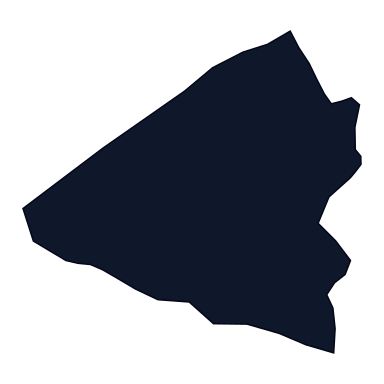 the District of Quba
{"feature_id": "AZE-1728", "entity_name": "Quba", "entity_type": "District", "adm_level": 1, "iso_a3": "AZE", "parent_name": "Azerbaijan", "parent_adm1": "", "projection": "orthographic", "projection_center": [48.506, 41.189], "detail": "fine", "context": "isolated", "style": "filled", "palette": "ink", "viewbox_px": 384, "rotation_deg": 0, "n_neighbors": 0, "source": "natural_earth", "source_scale": "10m", "svg_char_len": 657}
<svg xmlns="http://www.w3.org/2000/svg" viewBox="0 0 384 384"><path d="M333.7,352.9L306.0,344.8L279.2,333.4L246.9,324.1L213.5,323.7L189.2,302.0L158.0,299.7L135.6,289.1L113.6,276.1L102.1,269.5L90.4,264.5L78.0,263.3L65.9,260.5L33.4,241.1L23.0,208.5L103.1,148.0L184.6,91.1L212.6,67.7L243.0,52.1L267.3,44.4L290.2,31.1L298.7,47.5L309.3,63.7L316.6,78.9L324.3,93.9L331.3,103.8L341.6,101.2L351.4,97.7L359.5,104.8L354.9,127.4L355.3,149.6L360.8,156.3L361.0,164.3L355.8,171.2L350.3,177.8L329.0,196.9L318.1,223.3L335.6,240.8L350.5,260.5L345.1,274.5L334.6,282.7L326.7,294.7L332.9,308.0L335.1,328.6L333.7,352.9Z" fill="#0f172a" stroke="#020617" stroke-width="1.5"/></svg>